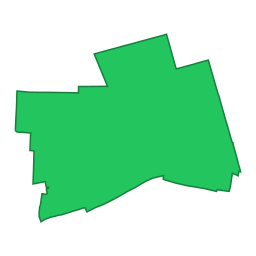 Corabia, Romania (Albers equal-area conic projection)
{"feature_id": "2599482B61415675017913", "entity_name": "Corabia", "entity_type": "district", "adm_level": 2, "iso_a3": "ROU", "parent_name": "Romania", "parent_adm1": "", "projection": "albers", "projection_center": [24.472, 43.795], "detail": "fine", "context": "isolated", "style": "filled", "palette": "green", "viewbox_px": 256, "rotation_deg": 0, "n_neighbors": 0, "source": "geoboundaries", "source_scale": "gbopen_adm2", "svg_char_len": 2502}
<svg xmlns="http://www.w3.org/2000/svg" viewBox="0 0 256 256"><path d="M233.0,142.8L232.6,142.5L232.1,141.9L231.8,141.3L230.2,135.6L226.5,122.6L226.3,122.6L225.9,121.0L218.7,95.3L218.6,95.1L218.3,95.0L218.1,94.1L212.3,74.0L208.3,60.1L204.6,61.1L190.3,65.1L176.2,68.9L174.3,62.3L173.7,60.1L166.9,35.6L166.5,34.2L166.1,34.4L165.3,34.6L163.0,35.3L155.5,37.3L103.8,51.3L103.6,51.4L94.2,54.0L107.5,86.3L85.2,86.5L78.5,86.5L78.5,92.9L71.5,92.7L65.6,92.6L51.4,92.4L45.0,92.3L44.2,92.4L29.5,92.2L26.2,91.9L20.3,91.3L17.0,91.0L16.9,93.3L16.5,106.7L16.4,108.8L16.0,115.9L15.4,129.6L15.4,130.1L15.5,130.4L15.7,130.8L15.9,131.1L16.3,131.4L16.7,131.8L17.4,132.0L18.0,132.1L20.1,132.2L30.7,133.0L30.6,133.6L29.9,150.5L34.0,150.9L33.5,170.2L33.0,184.0L45.2,181.6L46.0,185.9L46.3,187.2L46.5,187.4L46.8,187.4L47.2,187.3L48.0,187.2L48.4,187.3L48.5,187.5L48.6,187.8L48.5,188.1L48.4,188.2L48.2,188.3L47.9,188.4L47.7,188.4L47.0,188.5L46.7,188.5L46.4,188.7L46.3,188.9L46.4,189.3L46.7,190.8L47.1,193.5L46.5,194.0L46.0,194.3L45.6,194.4L45.2,194.3L44.8,194.1L44.3,194.0L43.6,193.9L43.0,193.9L42.0,193.7L41.4,197.9L40.4,205.1L39.7,206.6L39.4,209.7L39.1,212.8L39.2,216.8L40.6,220.6L41.0,221.8L42.0,221.1L43.0,220.5L44.0,219.9L45.0,219.4L46.4,218.8L47.8,218.3L49.5,217.6L50.8,217.2L52.4,216.8L54.0,216.5L55.1,216.3L56.2,215.9L57.6,215.5L58.6,215.2L59.4,215.1L59.9,215.1L60.5,215.0L61.4,214.8L62.3,214.6L63.6,214.2L65.0,213.7L66.2,213.4L67.4,213.0L68.6,212.6L69.7,212.3L70.8,211.9L71.9,211.5L73.2,211.1L74.1,210.8L75.0,210.6L75.4,210.5L75.6,210.4L76.3,210.2L77.4,209.9L78.4,209.6L79.3,209.4L80.2,209.0L81.2,208.7L82.1,208.3L83.0,208.1L83.7,208.0L85.1,207.8L86.9,211.9L95.6,207.5L102.9,204.7L110.5,200.9L110.9,200.7L111.2,200.6L112.9,199.6L113.2,199.5L113.8,199.2L120.4,195.6L127.7,191.3L134.9,187.7L142.4,183.2L146.4,181.0L146.8,180.8L147.0,180.7L153.5,177.9L163.5,175.6L163.2,179.3L176.4,183.3L182.1,184.5L182.5,184.7L182.8,184.7L186.5,185.6L196.6,187.2L204.5,188.6L216.5,191.4L217.2,189.6L218.4,189.9L218.5,189.9L220.2,190.2L229.1,191.4L230.5,186.1L230.7,184.5L231.2,181.2L231.5,179.0L231.7,177.7L232.1,175.0L232.2,174.1L232.3,173.2L233.5,173.6L234.8,174.3L235.5,174.6L236.3,174.9L237.2,175.3L238.1,175.8L238.6,173.1L239.0,171.4L240.6,171.8L239.7,168.2L239.5,167.3L239.4,166.9L239.0,166.2L238.9,165.8L238.4,163.9L237.0,158.4L236.7,157.2L235.3,152.2L234.4,149.0L233.6,145.8L233.4,145.6L233.3,145.1L233.1,144.3L233.0,144.1L232.9,143.9L232.6,143.0L232.8,142.9L233.0,142.8Z" fill="#22c55e" stroke="#15803d" stroke-width="1.5"/></svg>